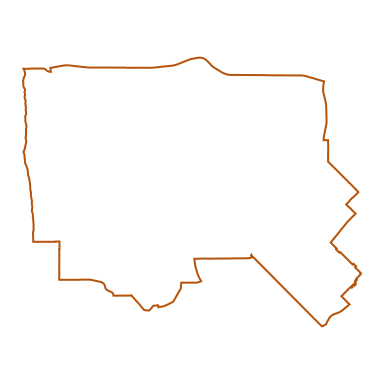 outline of Stirling, Western Australia, Australia
{"feature_id": "25037944B32793785148952", "entity_name": "Stirling", "entity_type": "district", "adm_level": 2, "iso_a3": "AUS", "parent_name": "Australia", "parent_adm1": "Western Australia", "projection": "albers", "projection_center": [115.812, -31.89], "detail": "fine", "context": "isolated", "style": "outline", "palette": "amber", "viewbox_px": 384, "rotation_deg": 0, "n_neighbors": 0, "source": "geoboundaries", "source_scale": "gbopen_adm2", "svg_char_len": 5740}
<svg xmlns="http://www.w3.org/2000/svg" viewBox="0 0 384 384"><path d="M323.9,136.3L326.3,124.4L326.5,123.0L326.6,121.2L326.5,117.9L326.2,106.1L326.0,104.0L325.7,102.2L324.9,99.0L323.6,93.6L323.4,92.6L323.2,91.6L323.1,90.5L323.1,89.4L323.1,88.3L323.2,87.2L323.3,86.2L324.0,81.4L308.9,77.0L305.7,76.1L304.9,75.9L302.5,75.5L300.0,75.4L298.5,75.5L292.2,75.4L284.7,75.4L278.7,75.3L270.6,75.3L267.4,75.2L257.5,75.1L230.5,74.9L228.9,74.8L227.4,74.5L224.6,73.6L223.9,73.3L222.3,72.6L221.5,72.1L214.1,67.6L213.3,67.0L212.5,66.4L211.7,65.7L210.7,64.6L209.0,62.7L206.8,60.6L205.9,59.8L204.9,59.1L203.8,58.5L202.7,58.1L201.5,57.8L200.3,57.6L198.9,57.7L198.2,57.8L192.2,58.8L190.7,59.2L188.3,60.0L177.5,64.3L176.1,64.8L174.5,65.2L173.3,65.5L171.0,65.8L169.3,66.0L168.1,66.1L166.6,66.2L155.9,67.4L153.1,67.7L150.4,67.8L140.6,67.7L135.3,67.8L129.9,67.8L127.6,67.8L125.0,67.6L88.0,67.5L86.1,67.3L69.0,65.4L68.0,65.3L66.0,65.3L65.0,65.3L63.1,65.6L55.8,66.9L54.6,67.1L52.7,67.6L51.7,67.8L50.4,67.7L50.5,69.3L50.7,70.9L50.9,71.8L50.0,71.8L49.2,71.7L48.0,71.3L47.2,70.9L45.5,69.5L44.9,69.0L44.2,68.7L43.5,68.6L42.8,68.5L31.3,68.5L30.8,68.5L29.9,68.7L29.2,68.8L23.5,68.8L24.1,69.8L24.9,72.3L25.1,74.8L25.1,75.0L24.8,75.7L24.2,76.7L24.0,77.1L24.0,77.5L23.9,78.0L23.6,78.6L23.2,80.4L23.0,80.7L23.1,81.2L23.4,82.7L23.2,84.0L23.3,84.5L23.3,85.6L23.6,86.8L23.7,87.3L24.1,87.7L24.3,88.1L24.4,88.5L24.7,88.9L24.9,89.2L25.1,89.6L25.1,90.0L25.1,90.5L24.7,91.3L24.5,91.8L24.5,92.4L25.1,94.3L25.1,95.0L25.1,95.3L24.8,95.8L24.6,97.1L24.6,97.8L24.9,98.9L25.0,99.1L25.2,99.6L25.6,100.6L25.5,101.0L25.6,101.7L25.3,103.9L25.5,104.3L25.6,104.7L25.6,105.2L25.5,106.0L26.0,107.2L26.0,108.1L25.6,109.2L25.6,109.4L25.8,110.4L26.2,113.5L25.9,114.7L25.6,115.4L25.3,115.9L25.2,116.2L25.2,116.6L25.4,119.1L25.3,119.8L25.3,120.6L25.4,121.7L26.2,124.4L26.5,127.2L26.4,127.6L25.9,129.1L26.0,129.7L26.2,130.7L26.2,131.2L26.2,131.9L26.0,132.2L25.9,132.7L26.0,133.0L25.9,134.6L26.1,136.5L25.6,137.0L25.5,137.7L25.5,138.1L25.9,138.9L26.0,139.5L26.0,139.9L26.2,140.6L26.2,141.0L26.2,142.1L26.1,143.2L25.5,144.7L25.4,146.3L25.3,146.6L25.2,146.9L25.1,147.2L25.0,147.5L24.9,148.2L24.6,148.9L24.4,149.7L24.4,150.4L24.2,150.8L24.0,151.1L23.6,151.4L23.5,151.5L23.4,151.8L23.4,152.1L23.7,152.6L24.1,153.7L24.4,154.7L24.5,155.8L24.4,156.7L24.5,157.2L24.7,157.6L24.7,158.4L24.8,158.9L24.9,160.2L24.9,161.6L25.2,162.9L25.3,163.5L25.5,164.1L25.8,164.7L26.6,166.6L27.0,167.8L27.3,168.4L27.5,169.0L27.8,171.6L28.0,173.6L28.1,174.9L28.1,175.5L28.9,177.4L29.2,178.6L29.5,180.6L29.9,182.5L30.1,184.5L30.2,185.9L30.3,189.1L30.5,190.5L30.6,191.1L31.0,192.4L31.0,193.0L30.9,193.7L30.9,194.4L30.9,195.7L31.4,198.4L31.8,200.3L31.9,201.0L31.8,204.4L31.9,205.1L32.3,206.3L32.3,207.0L32.2,208.3L31.9,209.5L31.9,210.2L31.9,210.9L32.0,211.5L32.4,212.8L32.8,214.0L32.9,214.7L32.9,215.3L32.8,216.7L33.1,218.8L33.3,220.1L33.3,221.4L33.5,223.5L33.6,224.8L33.6,226.2L33.6,226.8L33.5,227.5L33.5,228.1L33.6,228.8L33.6,229.5L33.6,230.1L33.1,232.0L33.0,232.6L33.0,233.3L33.1,234.6L33.1,236.6L33.2,237.3L33.2,239.2L33.2,241.1L33.2,241.8L49.9,241.8L55.4,241.8L55.4,241.5L59.5,241.5L59.5,249.3L59.2,249.4L59.3,249.6L59.3,252.3L59.3,254.3L59.3,263.0L59.2,267.3L59.3,268.1L59.3,271.8L59.3,272.8L59.2,278.2L59.3,279.8L61.1,279.8L71.6,279.8L79.1,279.8L79.3,279.7L81.6,279.7L88.7,279.6L89.3,279.7L90.0,279.8L90.2,279.6L90.5,279.7L92.9,280.2L100.8,282.0L102.0,282.4L102.4,282.7L102.6,282.8L102.8,282.9L103.4,283.4L104.0,284.1L104.5,284.8L104.6,285.2L105.3,287.6L105.7,288.7L105.9,289.0L106.4,289.5L107.3,290.2L108.3,290.7L111.1,291.9L111.8,292.3L112.3,292.6L112.8,293.3L113.1,293.8L113.3,294.8L113.4,295.6L114.0,295.6L114.4,295.7L115.3,295.7L121.5,295.6L129.2,295.6L130.7,295.5L130.9,295.5L131.4,295.3L131.9,295.9L132.7,296.9L137.5,302.3L138.7,303.5L144.0,309.9L144.7,310.2L149.3,310.5L153.4,305.7L154.3,305.7L155.5,305.6L157.9,305.2L158.1,305.3L158.3,305.5L158.4,307.2L163.7,306.3L164.4,306.0L165.0,305.8L172.2,302.3L172.9,301.9L173.2,301.7L173.8,300.8L176.3,296.3L178.8,292.0L180.4,289.2L180.6,288.6L180.8,288.0L180.9,287.7L181.1,284.1L181.2,283.4L181.3,282.7L190.8,282.7L195.6,282.7L197.2,282.5L198.2,282.3L199.9,281.7L201.2,281.2L200.0,279.1L199.4,278.1L198.8,276.8L197.8,274.5L197.4,273.4L197.2,272.6L195.8,267.9L195.3,266.0L194.7,261.8L194.3,258.8L199.5,258.7L200.1,258.6L203.4,258.6L203.6,258.6L204.2,258.5L206.2,258.6L208.1,258.7L212.8,258.6L226.4,258.5L229.3,258.5L233.7,258.4L242.2,258.3L244.6,258.3L248.5,258.2L249.4,258.1L251.8,257.4L251.0,255.1L251.3,254.8L251.4,255.3L256.4,260.3L264.2,268.2L265.6,269.6L274.2,278.3L291.3,295.6L309.1,313.5L310.7,315.1L314.3,318.8L321.9,326.3L322.2,326.4L326.1,324.2L326.4,323.4L326.9,322.2L328.7,319.2L329.0,318.5L329.6,317.6L330.2,316.9L330.9,316.1L331.8,315.4L332.7,314.8L333.7,314.3L334.4,314.1L339.0,312.4L339.8,312.0L341.4,311.0L342.4,310.3L349.5,304.4L341.4,296.2L350.1,287.5L350.9,286.8L351.8,287.7L352.4,287.1L351.5,286.2L353.2,284.5L354.0,285.4L354.3,285.2L354.6,285.6L355.5,284.7L354.8,284.0L355.8,282.9L355.2,282.4L355.2,282.2L354.9,282.0L355.9,280.9L355.3,280.4L355.5,280.2L356.1,280.7L357.0,279.8L356.4,279.3L356.6,279.1L356.3,278.7L357.0,278.0L360.3,274.8L360.0,274.4L361.0,273.3L355.3,267.6L355.4,267.4L355.2,267.2L356.1,266.4L353.5,263.8L352.7,264.6L340.0,251.9L339.2,252.6L336.0,249.3L336.7,248.6L330.7,242.6L343.6,226.6L346.9,222.5L348.0,221.3L351.4,217.8L354.8,214.5L355.6,213.7L350.7,208.7L346.3,204.7L346.2,204.3L346.5,204.1L349.1,201.5L349.6,200.9L350.2,200.0L351.8,198.3L352.3,197.9L352.9,197.6L358.4,192.1L358.1,191.7L352.1,185.6L350.6,183.9L349.7,183.3L338.0,171.5L336.2,169.7L328.4,161.9L328.1,161.7L328.1,156.9L328.1,151.2L328.2,150.4L328.2,150.0L328.2,144.9L328.0,140.2L323.7,140.2L323.7,138.7L323.9,136.3Z" fill="none" stroke="#b45309" stroke-width="2"/></svg>